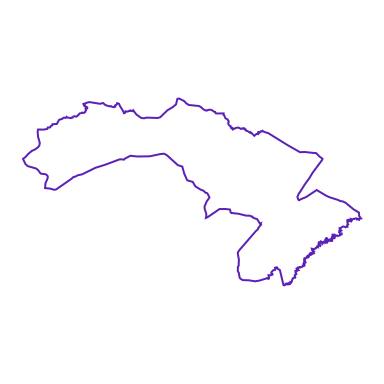 Khong, Nakhon Ratchasima, Thailand (orthographic projection)
{"feature_id": "78962969B53698738904765", "entity_name": "Khong", "entity_type": "district", "adm_level": 2, "iso_a3": "THA", "parent_name": "Thailand", "parent_adm1": "Nakhon Ratchasima", "projection": "orthographic", "projection_center": [102.346, 15.409], "detail": "fine", "context": "isolated", "style": "outline", "palette": "violet", "viewbox_px": 384, "rotation_deg": 0, "n_neighbors": 0, "source": "geoboundaries", "source_scale": "gbopen_adm2", "svg_char_len": 6047}
<svg xmlns="http://www.w3.org/2000/svg" viewBox="0 0 384 384"><path d="M38.1,129.5L37.6,131.7L38.1,136.9L39.8,142.9L39.3,145.6L38.1,147.2L34.9,149.5L31.7,151.0L28.3,153.9L25.5,157.0L23.0,158.9L25.5,164.1L27.7,166.1L36.1,168.5L38.0,170.0L40.1,172.9L41.1,173.7L45.2,174.2L46.4,174.7L47.5,175.8L47.8,177.0L47.5,178.6L45.5,183.2L45.1,188.1L50.2,188.6L54.2,189.8L56.2,189.4L71.6,178.7L73.6,176.9L75.5,176.6L77.4,175.4L82.2,174.3L95.4,167.8L104.7,164.9L118.7,159.7L120.1,159.3L124.1,159.6L124.6,158.8L130.3,155.8L137.4,156.5L149.8,156.3L160.2,154.1L164.1,153.7L167.0,155.3L177.8,165.1L182.3,166.6L184.3,173.8L187.1,180.1L188.9,180.9L192.7,181.8L195.4,186.4L201.1,189.9L203.5,190.7L205.5,192.7L207.1,193.1L207.7,193.9L209.4,197.3L209.3,197.9L206.8,201.2L204.5,206.6L204.6,208.4L206.3,214.0L206.3,216.2L205.9,217.9L207.6,217.2L219.4,209.1L225.1,209.0L230.0,209.5L230.7,212.5L231.4,213.0L238.3,213.7L245.9,215.6L249.8,215.7L251.6,216.6L252.3,216.5L253.2,217.8L257.2,219.2L259.9,223.6L260.9,223.2L260.7,223.8L261.1,224.6L258.4,227.8L257.9,229.2L255.5,231.5L239.3,250.2L237.9,252.4L237.8,253.6L238.9,259.6L238.6,265.9L237.9,267.0L237.8,271.2L238.9,273.0L239.6,277.7L240.6,278.8L242.7,280.1L249.0,280.3L255.1,281.3L259.4,280.6L266.5,278.4L267.0,278.0L268.2,278.9L268.7,278.8L269.1,278.2L268.5,275.2L270.7,275.3L272.5,274.6L272.5,273.9L271.3,273.2L271.5,272.1L273.3,270.2L274.9,270.0L275.4,268.9L275.0,267.8L276.8,267.3L277.2,267.6L277.1,268.4L279.9,270.1L283.5,285.1L284.5,285.4L285.7,284.3L285.7,283.9L286.6,284.2L287.1,283.4L288.2,283.5L288.0,284.4L289.8,284.2L290.4,283.5L289.7,282.8L290.2,282.6L290.3,281.9L291.4,282.2L291.9,281.4L292.1,279.8L292.7,279.1L292.7,278.4L293.8,277.7L295.0,277.8L295.3,277.3L294.8,276.7L294.8,275.1L295.4,275.1L295.6,274.3L296.3,273.9L295.8,273.4L295.9,272.8L295.5,272.4L295.4,271.1L296.2,271.4L296.9,271.0L296.3,270.5L297.0,270.0L298.3,270.0L297.7,269.3L298.0,268.7L297.1,269.2L296.7,268.6L297.4,268.4L297.5,267.8L298.1,267.5L298.8,267.4L298.9,268.0L299.1,267.4L299.8,267.6L300.0,267.0L301.2,267.2L301.9,267.0L302.7,266.4L302.7,265.7L303.3,265.8L303.7,265.4L304.0,265.9L304.4,265.8L304.5,264.8L303.8,264.6L303.5,263.8L304.1,263.1L304.6,263.2L304.6,262.2L305.2,262.3L305.1,261.4L304.1,261.7L304.3,260.9L304.9,261.1L304.1,259.7L304.5,259.5L304.4,258.3L304.8,258.2L305.4,258.8L306.0,258.1L307.5,257.5L306.9,256.5L307.4,256.3L308.0,256.7L308.0,256.1L308.7,256.3L308.6,255.7L309.2,255.8L309.5,255.3L310.3,255.0L309.6,254.4L310.1,253.9L310.5,254.4L310.0,253.4L310.3,253.1L310.6,253.0L310.7,253.5L311.2,253.4L310.9,254.0L311.2,254.3L312.2,254.0L312.3,253.5L311.9,253.3L312.5,252.8L313.0,253.5L313.8,253.3L313.0,252.1L313.9,251.7L313.2,251.0L313.4,249.9L312.6,249.6L312.5,250.3L312.1,250.1L311.8,248.7L314.4,249.3L315.6,248.0L316.1,248.1L316.9,246.8L318.0,247.2L317.9,246.6L318.6,245.5L320.2,246.0L320.3,245.4L319.8,244.4L318.8,244.4L319.7,243.4L318.7,243.3L318.7,242.6L319.0,242.2L320.0,242.7L320.4,242.3L320.7,241.4L321.5,241.7L321.0,242.5L321.9,242.8L322.3,243.9L324.2,241.5L324.9,242.1L325.3,241.9L325.3,242.7L326.2,242.1L326.4,242.7L327.0,242.7L327.9,241.2L326.5,241.5L325.3,239.7L326.3,238.0L326.8,238.1L327.9,239.9L329.1,239.9L328.8,240.8L332.0,241.0L332.2,240.4L331.1,239.0L332.5,238.8L332.8,238.1L331.9,237.9L331.9,237.0L332.8,236.9L333.4,238.0L334.1,238.3L334.6,238.2L334.8,237.2L333.8,237.0L333.7,235.8L332.8,236.2L332.5,234.7L334.6,234.6L335.6,235.6L336.9,235.4L337.3,236.1L339.6,235.5L340.0,234.1L340.9,234.7L341.7,234.3L341.6,233.4L340.3,233.3L339.1,232.2L339.3,230.9L340.8,231.0L341.3,230.5L340.1,229.9L340.4,228.9L339.6,228.7L339.5,228.2L340.9,227.8L343.0,226.5L344.7,226.8L345.6,227.3L347.5,226.7L347.0,225.3L348.2,224.4L347.5,223.2L347.2,220.6L347.5,220.0L348.7,219.8L349.2,221.2L350.3,220.7L351.2,221.4L351.7,220.7L350.4,219.7L350.6,218.9L352.2,219.4L353.5,218.8L354.5,219.0L355.0,218.5L356.4,218.4L356.9,219.2L357.2,218.7L357.9,218.8L358.0,218.1L358.5,219.5L359.1,219.8L359.6,218.7L361.0,218.4L360.7,218.1L360.0,218.2L360.1,217.2L359.2,216.2L358.9,212.5L353.5,209.3L345.5,202.7L343.0,201.5L340.1,201.0L338.2,200.0L329.4,197.2L325.6,195.4L316.7,190.0L306.2,197.0L300.4,199.4L299.5,200.1L298.9,200.2L298.2,199.4L297.4,196.9L298.4,194.5L305.1,184.0L309.4,178.1L312.5,172.9L322.4,159.6L322.5,158.7L319.3,156.4L316.3,153.2L304.6,152.0L300.0,152.2L287.2,144.9L267.9,132.9L266.1,132.6L263.3,131.4L262.7,130.8L261.9,131.5L261.4,131.1L260.8,131.3L259.5,132.7L258.9,132.0L258.1,132.2L258.0,134.1L256.4,134.0L254.3,135.8L251.4,132.9L250.8,132.5L250.4,132.8L250.2,132.4L250.0,132.6L247.4,131.0L246.1,130.7L245.6,129.4L244.9,129.5L244.6,128.6L243.9,128.2L243.5,128.8L242.2,128.3L241.2,129.0L238.7,127.7L236.5,127.7L232.8,129.4L232.5,128.0L231.7,128.3L231.5,127.8L230.8,127.7L230.7,126.2L229.4,125.6L228.5,124.4L228.2,122.7L228.7,122.1L228.7,121.2L227.4,119.3L225.8,118.5L225.1,117.7L224.2,115.2L223.5,114.9L223.6,113.4L216.6,113.5L215.6,113.2L215.2,111.9L213.8,111.6L211.7,110.0L210.5,109.7L208.4,109.9L206.9,110.6L206.6,110.2L205.1,110.4L203.0,109.0L200.7,106.9L198.9,106.0L188.8,105.0L186.1,103.2L184.2,101.1L179.3,98.6L177.4,98.8L176.0,104.4L172.5,107.3L167.4,110.3L160.3,117.2L157.6,118.0L146.4,117.6L144.0,118.3L141.1,117.9L136.4,114.5L133.2,110.3L132.6,111.2L131.6,110.8L130.2,111.0L130.0,110.5L127.6,111.6L125.6,111.3L125.5,112.1L124.6,112.5L124.6,113.1L123.9,113.2L123.3,111.4L119.6,105.4L119.1,103.9L117.8,103.2L117.1,103.2L116.8,104.4L115.4,105.2L115.4,105.9L115.0,106.0L115.2,106.7L113.7,107.2L111.3,106.5L111.0,106.1L109.7,106.4L105.5,105.1L103.0,103.0L100.0,103.8L89.6,102.1L87.9,102.4L83.4,104.0L84.4,106.0L84.7,106.0L85.0,105.3L85.8,106.8L87.0,107.1L87.4,107.8L87.1,108.4L85.6,108.1L85.5,108.8L86.1,110.3L85.3,111.3L85.3,111.9L83.8,112.9L82.2,112.6L82.0,113.0L79.7,113.4L78.8,114.3L78.4,115.2L77.6,115.4L77.1,116.3L76.3,116.7L74.4,116.2L73.4,116.5L72.6,117.6L72.0,117.4L70.9,118.2L66.9,117.4L66.6,116.9L65.5,118.0L64.5,117.6L63.4,117.8L62.2,118.9L59.2,119.7L56.8,124.0L52.5,124.2L52.3,125.3L50.8,126.1L50.2,127.4L47.7,127.5L47.4,128.9L43.6,129.6L38.1,129.5Z" fill="none" stroke="#5b21b6" stroke-width="2"/></svg>